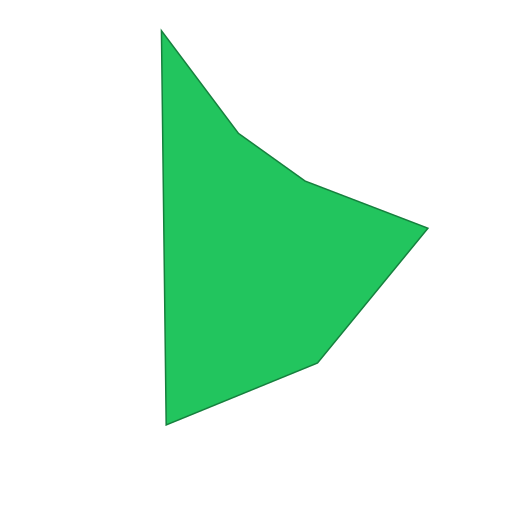 outline of Trzin, rotated 287°
{"feature_id": "SVN-236", "entity_name": "Trzin", "entity_type": "Municipality", "adm_level": 1, "iso_a3": "SVN", "parent_name": "Slovenia", "parent_adm1": "", "projection": "albers", "projection_center": [14.555, 46.128], "detail": "fine", "context": "isolated", "style": "filled", "palette": "green", "viewbox_px": 512, "rotation_deg": 287, "n_neighbors": 0, "source": "natural_earth", "source_scale": "10m", "svg_char_len": 252}
<svg xmlns="http://www.w3.org/2000/svg" viewBox="0 0 512 512"><g transform="rotate(287 256 256)"><path d="M68.2,219.5L443.8,99.7L368.1,203.4L342.0,281.1L332.8,412.3L171.7,346.1L68.2,219.5Z" fill="#22c55e" stroke="#15803d" stroke-width="1.5"/></g></svg>